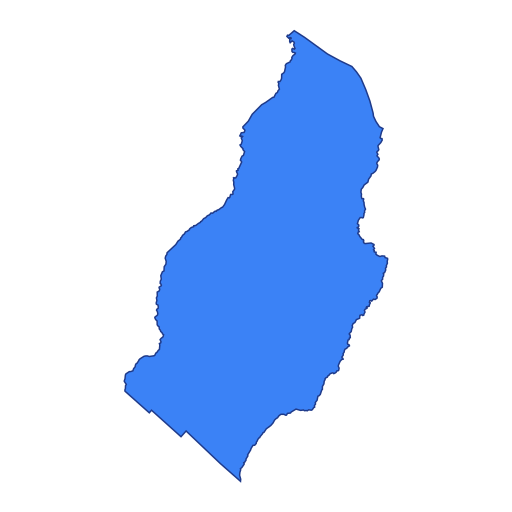 San Nicolás, Buenos Aires, Argentina (orthographic projection)
{"feature_id": "61730980B99393843695309", "entity_name": "San Nicolás", "entity_type": "district", "adm_level": 2, "iso_a3": "ARG", "parent_name": "Argentina", "parent_adm1": "Buenos Aires", "projection": "orthographic", "projection_center": [-60.265, -33.471], "detail": "fine", "context": "isolated", "style": "filled", "palette": "blue", "viewbox_px": 512, "rotation_deg": 0, "n_neighbors": 0, "source": "geoboundaries", "source_scale": "gbopen_adm2", "svg_char_len": 6075}
<svg xmlns="http://www.w3.org/2000/svg" viewBox="0 0 512 512"><path d="M251.0,448.6L252.9,445.4L254.7,445.2L256.2,443.5L256.4,442.0L257.3,440.9L257.7,439.6L259.1,437.8L259.7,437.6L260.3,436.4L262.4,433.9L263.0,432.7L264.0,432.3L266.3,428.8L270.8,425.5L273.0,423.0L274.7,419.9L276.1,418.6L277.5,417.8L278.9,415.8L280.9,414.3L283.9,414.3L285.6,415.2L286.5,415.1L287.4,413.4L290.5,413.0L291.2,412.0L296.0,409.1L300.6,410.4L303.5,410.0L304.5,410.7L306.3,410.5L307.2,410.8L308.7,409.8L311.3,410.2L312.3,409.7L313.8,407.5L314.6,407.2L314.5,405.4L315.5,404.1L315.3,402.5L317.1,400.2L317.9,396.2L319.1,395.7L320.3,394.4L321.7,390.1L322.4,389.4L322.4,386.5L323.9,383.9L324.2,381.2L325.1,379.6L325.1,378.6L326.1,377.7L327.3,377.2L328.0,375.8L329.0,375.2L330.2,373.7L332.3,372.9L333.2,373.0L333.7,373.6L334.6,373.3L336.0,372.4L336.9,370.9L338.2,370.7L338.7,370.2L339.1,368.1L338.3,366.3L338.4,365.2L340.1,361.3L341.7,359.5L343.1,359.2L342.9,358.4L342.1,357.8L341.9,357.1L343.3,355.0L343.1,353.6L344.1,352.2L344.4,350.5L345.0,349.2L346.7,348.3L347.8,346.9L349.4,345.9L349.4,345.3L348.9,344.7L347.7,344.2L347.4,343.1L348.0,340.1L349.1,339.6L349.4,338.1L350.3,337.7L350.1,335.1L349.3,334.2L349.3,333.6L351.2,331.6L351.8,328.7L352.6,327.2L352.2,325.6L353.1,323.6L354.9,322.5L356.4,319.6L359.6,318.3L359.9,315.4L362.0,314.7L362.7,315.5L363.7,315.2L364.0,314.0L365.0,312.1L364.4,310.3L365.2,309.2L367.0,308.3L367.1,307.8L366.3,307.3L366.7,306.7L369.1,306.3L369.6,304.2L370.2,303.2L370.2,302.7L369.4,302.3L369.8,300.7L370.9,300.5L371.7,301.1L373.4,299.2L375.2,299.5L377.0,298.2L377.2,297.0L376.5,295.8L376.7,295.0L377.3,294.4L378.0,293.0L379.2,291.8L380.8,288.3L382.3,287.2L382.5,283.3L381.4,281.0L381.5,280.4L382.6,279.3L382.6,277.3L383.5,276.1L383.7,274.3L383.3,273.3L384.6,272.6L385.7,270.0L385.5,268.2L386.5,266.9L386.3,265.7L387.4,263.2L387.2,261.5L387.7,259.1L387.5,258.3L385.1,257.6L384.6,256.1L381.9,255.9L379.9,256.5L377.3,255.3L375.9,254.1L376.1,252.3L374.3,251.9L374.1,251.3L374.3,250.5L373.5,249.7L374.5,248.4L372.9,246.2L373.9,245.5L374.0,244.5L371.1,243.0L365.0,243.6L363.8,242.8L363.4,241.8L363.8,240.9L363.4,239.6L362.4,239.6L359.8,236.5L358.8,234.5L357.8,233.7L358.2,232.1L359.2,231.7L358.4,229.9L359.0,228.8L357.2,227.9L357.2,227.5L358.3,227.1L358.8,226.2L358.8,225.0L357.4,223.7L358.4,220.2L360.2,217.6L361.2,217.5L362.5,217.9L363.3,217.6L364.0,214.7L363.9,213.5L364.7,212.4L364.5,210.9L365.5,209.1L364.7,207.3L364.1,204.5L364.0,202.4L363.3,200.9L363.7,199.0L363.3,198.6L362.1,198.7L361.7,198.2L361.3,196.1L361.5,194.1L360.9,192.2L361.3,189.2L362.8,187.5L364.1,185.0L367.9,182.1L368.6,179.2L371.0,175.9L371.3,174.0L372.9,173.3L375.1,171.5L376.0,170.4L377.5,167.0L377.7,165.2L376.8,163.7L376.8,162.9L377.4,161.8L379.1,159.9L379.3,159.0L378.9,158.0L377.1,156.0L377.1,155.4L377.9,154.3L376.8,152.4L377.1,151.5L378.2,150.7L378.8,149.7L378.0,146.3L378.1,145.5L380.8,142.6L382.2,140.1L382.0,138.6L380.5,138.3L380.1,137.7L381.5,132.1L383.0,128.6L379.4,126.7L375.9,121.4L373.5,116.3L373.1,113.1L369.9,101.1L365.8,89.7L360.9,78.2L356.5,71.9L351.9,66.5L340.0,60.8L327.5,54.0L304.5,37.3L294.2,30.7L288.9,35.3L287.5,35.2L286.9,36.4L288.7,38.2L290.0,37.6L290.9,37.7L291.1,38.6L289.7,38.9L289.7,41.7L290.2,42.7L292.1,40.9L294.0,42.1L294.4,43.2L293.7,44.3L293.9,45.6L295.0,48.5L294.3,49.2L292.7,48.4L291.9,49.1L292.0,51.5L292.9,52.4L294.0,52.4L295.4,53.1L295.0,54.0L292.9,55.7L291.8,57.4L292.0,58.4L291.3,60.0L290.5,60.5L290.1,61.9L286.4,63.7L285.3,65.3L285.5,67.1L284.6,71.4L283.9,72.7L281.7,74.3L281.6,78.2L281.2,79.6L280.0,81.5L278.3,81.5L278.1,82.3L278.8,83.5L278.4,85.4L279.4,89.1L278.0,90.8L277.4,92.5L275.9,93.4L273.9,97.3L272.7,97.4L265.7,102.4L261.7,104.7L252.2,114.3L248.3,121.2L242.9,126.8L242.9,128.0L244.8,130.0L244.9,130.6L244.1,132.4L241.3,132.8L239.8,135.9L240.7,136.5L241.5,136.0L242.6,136.4L241.3,138.1L242.3,140.7L241.5,143.4L241.1,144.4L240.0,145.0L240.8,146.5L242.9,148.6L243.0,149.7L244.6,151.6L243.4,155.4L242.0,156.2L240.8,158.7L240.4,160.2L241.5,161.5L241.6,162.2L238.7,168.5L237.8,168.9L238.0,170.4L236.5,170.8L236.5,171.7L237.6,174.0L237.3,175.2L235.8,177.8L234.9,178.0L233.9,177.6L233.5,177.9L233.8,178.4L233.3,180.3L233.8,182.2L233.7,184.6L234.6,188.2L234.5,189.3L232.8,191.6L233.0,194.0L232.6,194.4L230.6,194.5L229.8,197.3L229.3,197.8L228.1,197.6L226.7,199.9L224.5,204.6L222.5,207.3L221.6,207.5L218.7,209.7L217.2,210.1L216.2,211.3L215.5,211.1L214.7,211.4L212.6,213.2L211.0,213.0L209.5,214.8L207.3,215.8L205.7,217.6L203.7,218.6L201.6,221.2L200.6,221.6L200.4,222.4L198.4,223.4L195.9,225.4L193.7,225.8L193.6,226.7L191.3,227.5L189.6,228.9L189.4,229.8L188.0,230.6L187.6,231.2L185.5,231.9L184.4,233.9L182.6,235.3L181.5,237.3L180.7,238.0L180.4,239.3L178.0,241.1L175.8,244.6L167.1,252.7L166.8,254.6L165.7,256.1L165.2,258.2L166.2,261.4L165.9,264.2L164.2,266.7L164.0,270.9L162.4,271.8L160.8,275.6L161.3,279.2L160.3,281.2L160.2,282.7L160.2,283.4L160.6,283.6L161.4,285.2L161.1,285.9L159.1,287.2L159.1,287.9L159.7,289.1L159.5,290.1L159.1,291.0L157.2,292.1L157.3,296.1L156.4,297.9L156.9,300.4L156.2,302.9L156.3,303.8L156.4,304.2L158.0,305.1L158.3,307.0L158.1,308.4L157.0,309.1L156.5,310.1L157.4,311.7L157.8,313.8L157.4,315.2L155.1,316.9L154.8,317.7L155.6,319.5L157.1,321.0L157.2,324.8L158.1,326.1L159.1,326.8L159.3,329.0L160.4,330.3L160.7,331.5L162.0,332.6L162.6,334.0L163.6,334.7L163.0,336.9L161.1,338.4L160.1,339.6L161.0,341.8L160.6,343.0L159.4,343.5L159.8,345.1L159.4,349.5L158.4,350.2L156.8,352.5L155.8,353.1L154.8,355.3L153.9,355.8L149.3,356.5L147.2,355.9L145.2,356.0L143.8,356.4L139.9,358.9L138.9,360.0L138.8,360.5L137.0,363.3L136.2,363.6L135.4,365.1L135.2,366.7L133.6,368.7L132.9,370.8L130.6,371.6L129.3,371.6L125.9,373.9L125.4,375.0L125.0,378.8L124.3,380.8L124.3,381.4L126.3,384.4L125.5,385.7L125.4,388.5L124.9,390.0L125.0,391.2L149.3,412.8L151.5,410.2L181.0,436.7L186.1,431.0L220.4,463.6L240.5,481.3L240.7,479.2L239.6,475.3L239.9,472.3L240.7,469.8L240.4,468.7L241.8,467.6L244.0,464.4L244.2,463.8L243.7,462.8L245.0,461.9L245.2,461.2L245.9,460.5L246.1,458.8L247.9,455.9L247.6,454.9L250.6,450.0L251.0,448.6Z" fill="#3b82f6" stroke="#1e3a8a" stroke-width="1.5"/></svg>